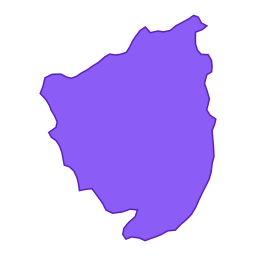 Senador José Bento, Minas Gerais, Brazil (Mercator projection)
{"feature_id": "56859067B70195017635128", "entity_name": "Senador José Bento", "entity_type": "district", "adm_level": 2, "iso_a3": "BRA", "parent_name": "Brazil", "parent_adm1": "Minas Gerais", "projection": "mercator", "projection_center": [-46.142, -22.156], "detail": "fine", "context": "isolated", "style": "filled", "palette": "violet", "viewbox_px": 256, "rotation_deg": 0, "n_neighbors": 0, "source": "geoboundaries", "source_scale": "gbopen_adm2", "svg_char_len": 1347}
<svg xmlns="http://www.w3.org/2000/svg" viewBox="0 0 256 256"><path d="M180.5,224.6L186.3,219.7L191.5,214.3L195.7,207.2L198.9,199.9L202.6,192.1L206.1,185.3L209.2,179.0L211.1,172.2L212.2,163.1L214.0,156.5L213.4,145.6L212.7,138.0L212.1,130.5L214.6,124.3L215.8,119.1L210.0,115.2L206.7,109.8L208.2,104.0L209.4,98.9L206.9,90.3L204.5,83.5L206.7,74.9L211.6,71.8L212.1,66.1L211.4,60.3L208.2,54.7L201.0,54.3L197.4,50.1L195.5,43.9L195.4,37.9L195.5,32.2L202.1,29.7L206.9,25.9L201.5,23.1L198.2,17.1L193.7,15.4L188.9,18.8L182.1,22.5L176.0,25.7L170.2,30.5L163.3,31.9L157.8,31.0L150.4,32.7L145.3,27.0L140.1,30.5L135.8,36.2L132.7,40.8L129.8,46.8L126.3,52.4L120.2,54.4L115.2,55.0L109.9,54.1L105.0,56.7L98.9,62.1L92.8,65.9L87.3,69.8L81.4,73.0L76.7,76.3L71.2,78.3L66.4,77.0L60.9,74.1L52.1,74.3L45.0,77.8L42.9,86.7L40.2,93.4L46.1,99.8L49.4,105.4L51.4,110.5L54.8,116.3L57.2,122.0L56.0,127.3L48.7,132.5L51.4,137.3L56.3,140.8L59.5,146.0L61.9,152.2L63.0,158.5L64.3,165.1L69.3,166.7L74.0,171.1L77.2,178.1L78.6,184.4L79.4,190.6L86.5,189.2L92.0,188.7L96.5,194.7L100.0,199.5L103.2,204.3L106.0,210.1L112.6,213.2L121.6,212.1L130.0,209.2L137.4,209.9L135.3,216.6L128.2,222.9L123.9,228.3L122.7,234.3L126.0,239.1L131.7,236.9L139.3,238.0L145.0,240.6L150.7,238.5L156.4,236.5L161.7,234.3L167.6,230.9L175.4,230.1L180.5,224.6Z" fill="#8b5cf6" stroke="#5b21b6" stroke-width="1.5"/></svg>